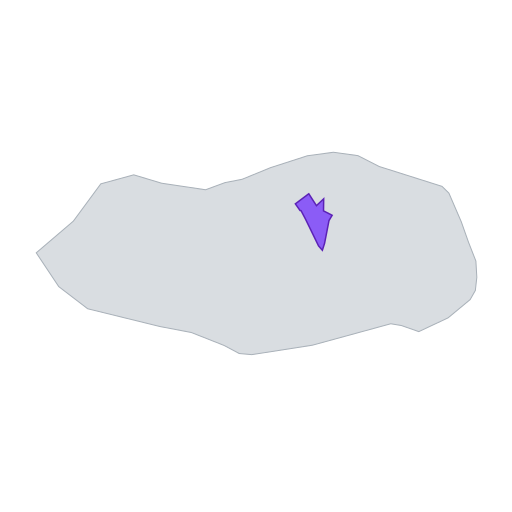 81, Ar Rayyān, Qatar (highlighted), rotated 266°
{"feature_id": "91078587B52698515683272", "entity_name": "81", "entity_type": "district", "adm_level": 2, "iso_a3": "QAT", "parent_name": "Qatar", "parent_adm1": "Ar Rayyān", "projection": "natural_earth1", "projection_center": [51.325, 25.138], "detail": "fine", "context": "in_parent", "style": "filled", "palette": "violet", "viewbox_px": 512, "rotation_deg": 266, "n_neighbors": 0, "source": "geoboundaries", "source_scale": "gbopen_adm2", "svg_char_len": 853}
<svg xmlns="http://www.w3.org/2000/svg" viewBox="0 0 512 512"><g transform="rotate(266 256 256)"><path d="M275.7,463.2L255.1,468.9L235.6,475.0L219.3,474.8L206.3,472.4L197.6,466.6L180.9,443.3L169.2,413.1L176.5,396.2L179.0,385.7L163.1,306.1L157.9,244.9L159.9,232.4L169.0,217.9L184.2,186.1L192.3,155.4L215.1,84.4L239.2,57.1L274.5,37.0L303.5,76.2L338.8,106.2L345.5,139.7L335.2,166.9L325.6,210.3L331.4,230.3L333.5,247.5L343.1,276.6L352.4,314.2L354.1,340.4L349.0,364.7L336.7,385.1L312.5,446.4L305.3,452.8L275.7,463.2Z" fill="#d9dde1" stroke="#a8b0b8" stroke-width="1"/><path d="M257.1,322.6L263.9,325.3L274.7,328.2L286.3,331.3L291.3,334.8L296.3,326.5L308.3,327.5L302.0,319.8L314.4,313.0L314.3,312.8L309.0,304.6L305.3,298.9L298.3,303.1L298.1,304.1L289.2,308.0L278.6,312.3L261.7,319.1L257.1,322.6Z" fill="#8b5cf6" stroke="#5b21b6" stroke-width="1.5"/></g></svg>